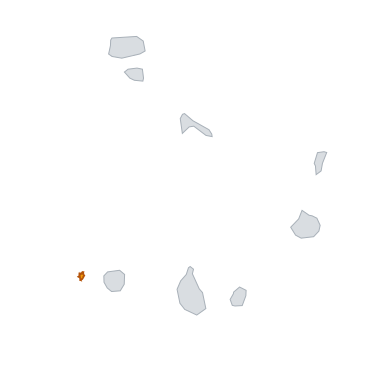 location of Nossa Senhora Do Monte, Brava, Cabo Verde, rotated 22°
{"feature_id": "66160863B40523802781782", "entity_name": "Nossa Senhora Do Monte", "entity_type": "district", "adm_level": 2, "iso_a3": "CPV", "parent_name": "Cabo Verde", "parent_adm1": "Brava", "projection": "mercator", "projection_center": [-24.736, 14.849], "detail": "fine", "context": "in_parent", "style": "filled", "palette": "amber", "viewbox_px": 384, "rotation_deg": 22, "n_neighbors": 0, "source": "geoboundaries", "source_scale": "gbopen_adm2", "svg_char_len": 3451}
<svg xmlns="http://www.w3.org/2000/svg" viewBox="0 0 384 384"><g transform="rotate(22 192 192)"><path d="M248.5,294.9L242.5,304.3L229.3,303.6L222.5,299.7L214.6,287.8L214.8,278.6L217.6,270.6L217.1,263.6L218.2,261.8L222.3,263.0L223.0,267.7L235.0,279.1L239.4,281.3L248.5,294.9ZM76.8,94.2L67.1,96.3L63.0,95.3L61.6,87.0L59.7,81.6L60.1,79.2L82.4,68.5L90.2,70.3L95.7,78.8L92.0,83.5L76.8,94.2ZM300.9,167.8L309.2,169.7L312.3,169.1L317.6,169.5L323.3,174.9L324.3,180.7L321.5,187.9L310.5,193.9L304.2,193.2L296.7,187.7L301.0,177.0L300.9,167.8ZM162.5,310.5L154.7,314.4L149.3,312.7L144.2,308.6L141.7,302.8L143.7,297.7L154.2,291.7L160.4,293.7L163.7,302.9L162.5,310.5ZM184.4,127.9L188.6,130.9L189.9,133.1L183.8,134.3L169.0,130.3L165.0,132.7L161.1,141.3L153.6,128.3L154.1,123.5L155.7,122.1L166.2,125.6L184.4,127.9ZM274.5,281.6L271.8,282.0L267.6,277.3L268.5,270.9L268.1,269.2L271.7,262.3L279.0,262.9L280.8,268.0L281.1,278.5L274.5,281.6ZM104.9,107.6L96.7,110.0L91.7,109.7L84.4,106.1L86.7,102.1L94.6,97.7L100.0,96.7L104.4,104.6L104.9,107.6ZM303.8,124.1L300.6,129.4L296.7,121.6L294.6,119.7L293.6,108.5L299.3,105.2L302.1,104.9L302.2,116.5L303.8,124.1Z" fill="#d9dde1" stroke="#a8b0b8" stroke-width="1"/><path d="M121.2,307.4L121.1,307.2L121.1,307.3L120.9,307.3L120.7,307.3L120.5,307.5L120.4,307.6L120.2,307.7L120.2,307.8L120.2,308.0L120.1,307.8L120.1,308.0L120.0,308.3L120.1,308.5L120.3,308.6L120.4,308.9L120.3,309.0L120.2,309.3L119.9,309.5L119.7,309.5L119.7,309.4L119.4,309.3L119.3,309.5L119.3,309.4L119.3,309.5L119.2,309.5L119.2,309.4L119.1,309.2L119.1,309.3L119.1,309.2L119.1,309.3L118.9,309.4L118.9,309.5L118.7,309.6L118.8,309.7L118.7,309.7L118.8,309.8L118.7,309.7L118.7,309.8L118.8,309.8L118.7,309.8L118.8,309.8L118.7,309.9L118.8,309.9L118.7,309.9L118.8,310.0L118.7,310.0L118.8,310.0L118.7,310.1L118.8,310.1L118.7,310.1L118.7,310.3L118.8,310.3L118.8,310.5L119.0,310.5L118.9,310.7L118.8,310.8L118.7,310.8L118.7,311.0L118.8,311.1L118.7,311.1L118.8,311.1L119.0,311.2L119.1,311.3L119.1,311.5L119.0,311.8L119.1,312.0L118.9,312.2L118.7,312.2L118.7,312.3L118.7,312.5L118.8,312.6L118.7,312.6L118.8,312.6L118.7,312.7L118.8,312.7L118.7,312.8L118.8,312.8L119.0,312.9L118.9,313.0L119.0,313.0L119.3,313.2L119.3,313.3L119.5,313.3L119.4,313.3L119.5,313.3L119.4,313.3L119.5,313.2L119.4,313.2L119.5,313.1L119.6,312.9L119.8,312.9L119.8,313.0L120.0,313.2L120.1,313.3L120.2,313.5L120.4,313.6L120.4,313.9L120.5,314.1L120.7,314.3L120.8,314.4L121.0,314.5L120.9,314.5L121.0,314.5L120.9,314.5L121.0,314.5L120.9,314.6L120.9,314.8L121.0,314.9L121.3,314.9L121.3,315.0L121.4,314.9L121.6,315.1L121.7,315.3L121.8,315.2L121.8,315.3L121.8,315.2L121.9,315.3L121.9,315.5L122.0,315.5L121.9,315.4L122.0,315.3L122.0,315.1L122.2,314.9L122.2,314.7L122.2,314.3L122.1,314.2L122.4,314.1L122.5,314.1L122.8,314.1L122.9,313.9L122.8,313.7L123.0,313.6L123.0,313.4L122.9,313.3L122.9,313.2L123.0,313.0L123.1,312.9L123.2,312.7L123.2,312.4L123.1,312.2L123.0,311.9L122.9,311.6L123.0,311.6L123.2,311.4L123.3,311.4L123.3,311.2L123.2,311.2L123.2,310.8L123.3,310.8L123.3,310.6L123.2,310.5L123.2,310.4L123.3,310.3L123.3,310.2L123.5,310.1L123.6,309.9L123.5,309.7L123.4,309.7L123.2,309.6L122.9,309.5L122.7,309.5L122.7,309.4L122.4,309.4L122.3,309.2L122.1,309.1L121.9,309.0L121.8,308.9L121.7,308.9L121.8,308.8L121.8,308.7L121.9,308.3L121.8,308.1L121.7,308.2L121.3,307.9L121.2,307.7L121.2,307.4ZM120.7,307.0L120.8,306.9L120.7,306.9L120.6,307.0L120.8,307.1L120.7,307.0Z" fill="#f59e0b" stroke="#b45309" stroke-width="1.5"/></g></svg>